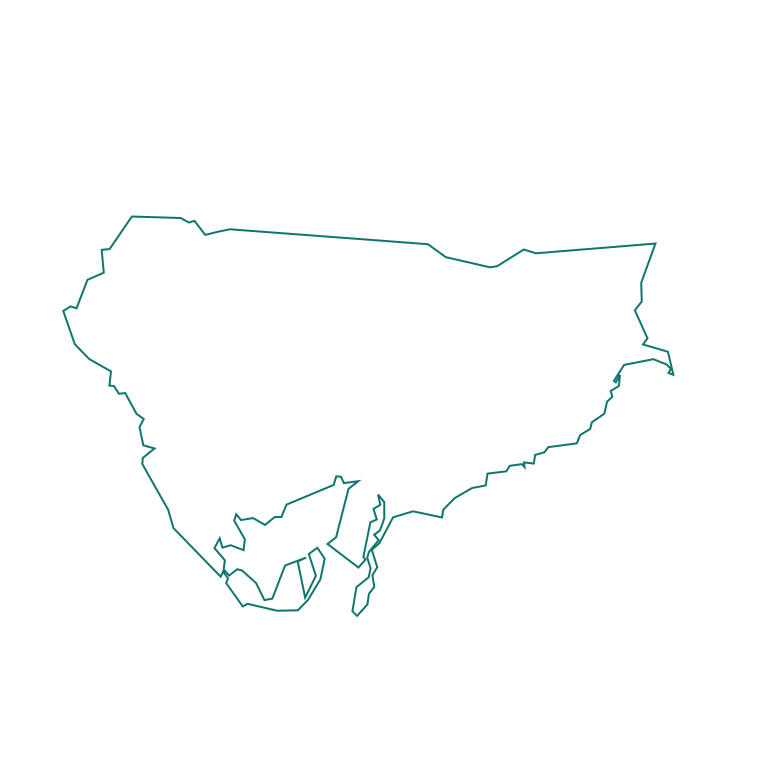 the district of Galway City West Lea-6, Galway, Ireland, rotated 347°
{"feature_id": "5873133B97398643420992", "entity_name": "Galway City West Lea-6", "entity_type": "district", "adm_level": 2, "iso_a3": "IRL", "parent_name": "Ireland", "parent_adm1": "Galway", "projection": "mercator", "projection_center": [-9.109, 53.266], "detail": "fine", "context": "isolated", "style": "outline", "palette": "teal", "viewbox_px": 768, "rotation_deg": 347, "n_neighbors": 0, "source": "geoboundaries", "source_scale": "gbopen_adm2", "svg_char_len": 2011}
<svg xmlns="http://www.w3.org/2000/svg" viewBox="0 0 768 768"><g transform="rotate(347 384 384)"><path d="M196.3,568.9L201.6,567.5L228.9,580.9L249.1,585.1L261.3,577.4L278.1,560.0L286.9,540.9L282.2,528.6L272.5,532.7L274.5,555.6L259.1,574.4L260.0,537.5L269.1,535.6L246.8,538.6L226.9,568.0L218.9,567.7L214.6,549.2L203.7,533.7L199.3,531.5L190.0,535.8L186.1,528.6L189.3,520.0L181.9,505.8L189.2,497.4L189.8,507.1L198.3,506.6L209.8,514.3L213.5,503.9L207.3,483.4L210.7,477.7L214.1,484.4L226.3,485.2L236.4,494.6L247.7,489.0L254.1,490.5L261.8,479.6L312.3,471.0L316.7,463.2L321.2,464.7L322.6,471.5L337.0,472.9L325.8,478.2L302.9,522.5L293.0,527.2L317.8,557.1L326.4,551.0L325.0,547.9L339.6,515.7L346.5,514.4L345.6,503.4L353.2,500.9L353.3,490.4L357.7,499.1L354.0,515.1L347.1,525.8L340.5,528.7L343.7,534.9L331.6,544.2L328.6,549.3L329.5,560.4L325.7,568.8L311.4,575.8L302.1,598.4L305.6,603.9L318.2,595.1L322.1,585.1L328.9,579.5L329.7,567.7L336.2,561.0L334.8,542.9L343.8,538.0L362.9,515.9L383.7,514.6L410.5,527.1L413.5,519.8L427.2,511.1L446.3,505.2L460.3,505.7L464.7,494.6L483.5,496.6L488.1,492.0L500.4,493.1L502.2,496.5L502.8,491.9L512.1,495.2L515.3,487.1L525.0,486.6L529.9,482.5L558.6,485.2L563.7,477.8L574.8,474.2L578.0,468.0L592.0,462.5L597.4,451.4L603.6,447.8L603.3,441.8L612.4,438.8L616.0,428.2L610.3,434.6L608.7,432.7L622.3,419.4L652.0,420.4L663.7,428.5L667.0,433.7L663.7,437.2L668.0,440.2L667.9,416.5L645.2,403.7L651.0,398.8L645.0,368.6L653.7,361.6L657.4,343.2L680.1,308.2L561.4,290.8L550.4,284.4L520.9,294.6L513.6,294.2L472.7,274.3L458.3,257.7L268.7,198.6L255.9,198.3L243.4,198.5L236.0,182.4L230.3,182.8L223.1,176.5L176.0,164.1L147.0,190.8L139.1,189.8L136.0,212.5L118.5,215.8L101.4,241.1L96.1,237.9L87.9,240.7L91.7,275.7L102.4,293.4L120.8,310.3L116.1,323.8L120.5,325.3L123.5,333.9L129.8,334.6L136.2,357.5L142.0,364.0L136.1,371.1L135.7,389.6L145.9,395.2L132.3,401.8L130.5,407.6L145.4,458.0L146.5,477.1L181.5,535.0L185.1,530.5L188.3,538.4L185.4,542.5L196.3,568.9Z" fill="none" stroke="#0f766e" stroke-width="2"/></g></svg>